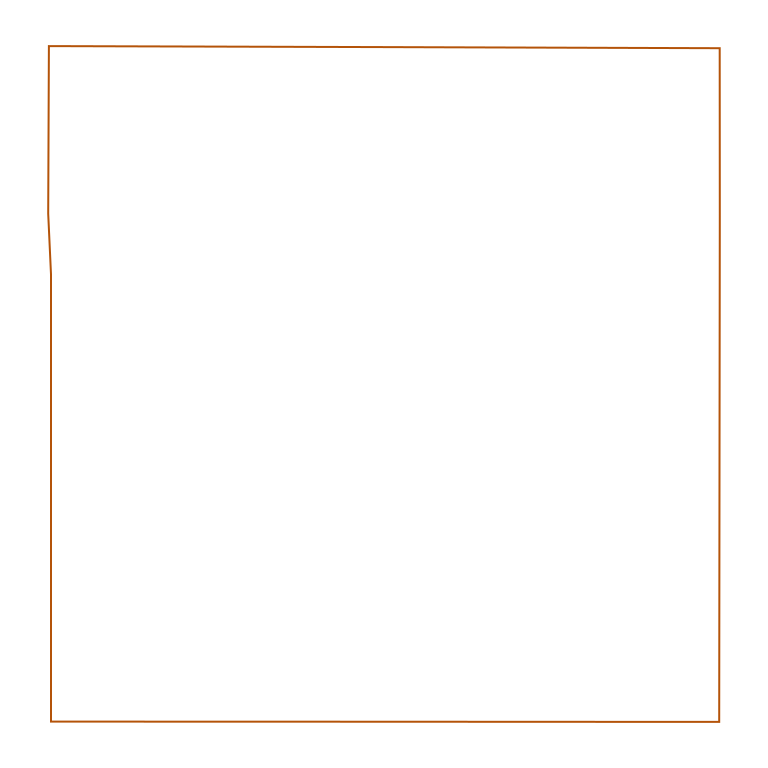 outline of McCook, South Dakota, United States of America
{"feature_id": "52423323B83837312617941", "entity_name": "McCook", "entity_type": "district", "adm_level": 2, "iso_a3": "USA", "parent_name": "United States of America", "parent_adm1": "South Dakota", "projection": "mercator", "projection_center": [-97.372, 43.674], "detail": "fine", "context": "isolated", "style": "outline", "palette": "amber", "viewbox_px": 768, "rotation_deg": 0, "n_neighbors": 0, "source": "geoboundaries", "source_scale": "gbopen_adm2", "svg_char_len": 240}
<svg xmlns="http://www.w3.org/2000/svg" viewBox="0 0 768 768"><path d="M719.2,721.9L719.8,216.6L719.7,48.2L383.4,47.1L48.9,46.1L48.2,213.7L51.0,274.3L51.0,721.6L338.6,721.7L719.2,721.9Z" fill="none" stroke="#b45309" stroke-width="2"/></svg>